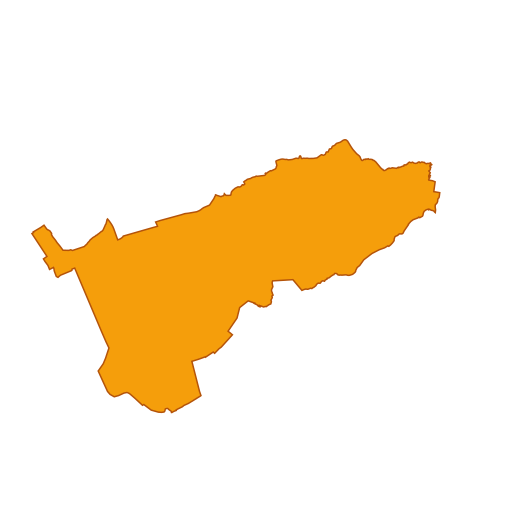 outline of Nicolae Balcescu, Bacau, Romania, rotated 157°
{"feature_id": "2599482B89029653208955", "entity_name": "Nicolae Balcescu", "entity_type": "district", "adm_level": 2, "iso_a3": "ROU", "parent_name": "Romania", "parent_adm1": "Bacau", "projection": "mercator", "projection_center": [26.867, 46.473], "detail": "fine", "context": "isolated", "style": "filled", "palette": "amber", "viewbox_px": 512, "rotation_deg": 157, "n_neighbors": 0, "source": "geoboundaries", "source_scale": "gbopen_adm2", "svg_char_len": 6035}
<svg xmlns="http://www.w3.org/2000/svg" viewBox="0 0 512 512"><g transform="rotate(157 256 256)"><path d="M128.4,328.1L129.3,328.4L130.5,328.5L133.9,327.8L137.8,328.2L138.5,328.0L140.0,327.3L141.0,327.1L142.7,327.2L143.4,326.7L144.4,325.6L145.1,325.5L146.6,325.8L149.0,323.6L150.3,324.2L150.9,324.1L152.5,322.5L154.5,322.3L155.1,322.7L155.8,323.5L156.3,323.7L161.5,322.5L165.0,323.4L169.2,325.1L170.6,326.0L172.6,326.7L174.1,327.5L175.6,327.7L176.0,328.0L176.1,328.4L175.9,330.0L176.0,330.7L176.3,330.9L176.8,330.9L177.3,330.5L178.0,329.5L178.9,329.2L180.9,330.4L184.9,330.7L188.6,331.8L190.1,333.0L191.3,333.4L193.5,334.8L195.0,335.3L197.4,335.6L200.3,335.7L200.8,335.1L200.9,334.5L201.4,331.3L201.6,330.9L202.4,330.3L202.8,329.6L203.4,329.0L204.2,328.6L208.6,328.4L209.4,328.9L212.7,328.4L214.2,327.9L214.3,328.3L214.7,328.6L215.0,328.5L214.6,328.1L214.8,327.7L216.0,326.9L216.8,326.9L223.8,328.9L224.6,329.5L226.0,329.3L227.8,329.7L229.4,329.7L230.7,329.5L234.0,330.0L235.3,329.6L236.6,329.5L238.3,329.0L238.1,327.4L238.2,326.8L238.4,326.5L239.8,326.2L240.4,326.8L240.9,326.9L241.8,326.3L242.9,325.9L244.2,325.9L244.9,326.4L245.6,326.7L248.7,326.5L251.9,325.5L253.6,324.5L254.5,323.3L255.1,322.3L255.6,321.9L257.4,322.4L260.0,323.6L260.8,325.7L261.7,324.6L262.3,324.2L264.4,324.4L265.0,324.3L268.1,326.9L269.2,328.1L269.5,328.0L269.6,327.5L270.7,326.8L272.3,325.3L278.9,321.0L285.2,321.0L286.9,320.7L289.0,320.1L291.0,319.9L293.3,319.9L301.5,321.8L304.9,322.8L309.0,323.2L330.4,326.1L335.1,326.5L335.0,323.1L335.1,321.8L339.3,322.4L370.4,326.2L371.0,325.7L372.7,325.1L374.8,324.8L377.0,324.9L376.3,336.6L376.3,338.7L376.5,340.8L376.9,343.1L377.5,345.8L378.2,348.1L378.8,347.8L381.4,344.3L382.7,343.4L383.0,343.0L386.6,339.7L387.9,339.0L388.8,339.0L391.7,338.1L393.7,337.7L394.5,337.3L395.1,337.5L396.0,337.1L398.9,336.7L402.4,335.6L403.6,334.8L405.5,334.0L407.3,332.9L408.8,332.5L410.3,331.8L422.8,332.8L424.1,334.1L426.1,334.3L431.4,336.7L432.7,342.1L433.9,346.0L434.4,348.8L435.6,353.1L435.9,355.4L435.3,356.7L435.9,359.6L437.0,361.1L437.6,361.6L438.1,362.7L439.1,367.2L442.8,366.4L451.7,365.2L451.6,364.5L453.5,364.2L448.6,337.3L452.8,336.4L452.4,333.5L451.2,328.6L451.3,324.3L446.9,324.6L447.0,322.7L447.3,322.2L447.6,320.5L447.8,315.2L446.6,313.7L444.9,314.3L443.4,314.7L431.7,314.6L431.0,314.8L430.5,315.8L427.6,315.7L427.7,247.0L427.6,235.6L427.3,228.8L434.5,220.6L438.7,216.5L446.2,211.8L445.6,189.3L444.4,185.6L441.5,181.8L437.0,181.2L431.1,181.4L428.2,180.8L427.1,179.9L426.0,178.4L423.3,172.9L418.8,162.9L417.3,163.1L412.7,155.1L407.0,150.5L404.1,149.0L401.9,148.4L401.3,148.4L400.4,149.0L399.3,150.6L398.9,150.7L397.3,150.4L396.7,150.0L396.4,149.0L394.9,146.5L394.7,145.9L395.0,145.0L394.7,144.8L392.2,145.1L389.9,145.0L389.9,145.4L388.3,145.7L382.7,146.0L380.7,146.6L375.8,146.7L362.0,148.8L361.2,149.0L360.9,153.4L356.2,184.1L349.2,183.4L341.9,183.0L341.9,182.6L332.9,184.3L332.1,182.6L326.2,185.1L323.6,185.7L321.2,186.8L308.5,192.7L311.1,197.7L297.7,206.3L291.2,214.9L281.7,217.5L280.7,217.7L276.8,214.2L276.6,214.0L276.5,213.5L276.2,213.4L276.1,213.1L275.5,213.2L275.3,212.8L275.5,212.2L274.1,210.7L273.6,209.2L273.3,208.7L272.9,208.7L272.6,209.4L272.4,209.4L272.2,209.3L272.0,208.7L271.8,208.6L272.2,208.0L271.9,208.0L271.7,207.7L271.4,208.1L271.0,208.1L268.9,206.1L267.2,205.9L266.4,205.4L263.2,206.1L261.1,206.1L259.8,207.7L259.5,208.5L259.5,209.5L257.4,211.2L257.1,211.7L257.2,212.4L257.1,212.7L256.7,213.1L255.7,213.2L255.5,213.8L255.6,215.2L255.4,215.8L255.4,217.5L255.0,218.7L254.3,219.5L252.5,221.1L251.7,224.8L251.3,225.6L250.4,226.6L231.3,219.8L227.2,206.4L224.8,206.4L223.0,206.1L221.7,205.3L221.2,205.1L218.4,205.0L217.3,204.2L216.3,204.6L215.3,204.5L212.4,205.3L211.7,206.0L210.3,206.6L209.2,206.7L208.6,206.3L207.4,205.9L205.6,207.0L204.2,207.1L202.8,206.0L201.7,206.8L199.6,207.0L199.4,207.6L197.1,207.4L194.7,208.1L192.3,208.5L191.6,208.4L190.5,209.2L189.2,208.7L188.5,208.1L188.1,206.8L187.0,205.9L185.5,205.4L184.4,204.8L180.5,203.5L178.8,202.2L177.5,201.7L174.7,201.4L173.7,201.5L171.4,202.2L170.4,202.8L169.7,203.9L167.3,205.9L164.3,206.7L158.3,210.4L148.2,213.0L140.1,213.6L134.4,213.3L130.7,213.8L130.0,213.0L127.8,213.6L125.3,214.7L123.4,215.8L122.8,216.3L122.2,217.6L120.6,219.4L119.9,219.6L117.6,219.6L115.7,220.3L115.2,220.3L113.3,219.4L112.5,219.3L111.8,219.5L109.7,221.3L103.4,225.3L103.4,225.7L100.0,227.3L97.2,228.0L92.0,227.8L91.1,228.2L90.8,228.1L90.6,227.8L90.6,227.6L90.3,227.3L89.9,227.3L87.2,227.6L86.4,228.3L85.2,230.1L83.8,231.4L82.0,231.9L81.2,232.0L79.7,231.9L79.3,231.7L79.0,231.1L78.6,231.6L77.8,231.0L76.9,229.7L75.7,228.9L74.8,228.1L74.4,226.6L74.0,225.9L72.7,228.2L71.9,231.2L71.0,233.0L68.8,234.0L67.6,235.1L66.7,236.8L65.8,237.8L64.9,238.1L64.2,238.9L62.1,242.5L67.2,245.8L62.1,254.3L64.1,256.3L67.3,258.4L67.3,258.7L66.5,259.4L66.3,259.9L66.2,260.3L65.6,260.1L65.2,260.4L65.4,261.4L65.9,261.7L65.6,262.3L65.2,261.8L64.2,261.6L64.0,262.0L64.6,263.0L64.4,263.5L64.2,263.8L63.1,264.4L63.0,264.6L63.7,266.4L63.5,266.9L62.4,267.0L61.6,267.8L61.4,268.5L60.6,269.0L61.0,269.8L60.9,270.1L60.3,270.3L60.3,270.6L60.8,271.0L60.1,271.8L58.9,271.2L58.5,271.4L58.6,271.7L59.0,272.3L59.0,273.5L60.7,273.7L62.1,274.3L62.9,274.3L63.7,274.9L64.3,275.7L64.4,276.2L64.7,276.6L65.6,276.8L65.9,277.3L66.8,277.8L68.5,277.7L69.1,278.9L70.1,279.0L71.1,278.6L73.0,278.9L74.4,279.9L75.2,281.2L76.9,281.3L78.2,282.5L79.8,282.1L80.5,281.5L81.7,281.6L82.3,281.2L82.8,281.4L83.3,281.8L84.4,281.8L84.6,281.2L85.0,281.1L85.9,281.4L89.1,281.4L89.6,281.9L90.3,281.6L90.6,282.1L92.4,281.8L96.2,284.0L97.2,284.0L98.6,284.3L99.0,284.9L99.4,285.0L99.9,284.7L100.5,285.0L101.0,285.0L101.8,284.6L103.4,284.4L104.1,284.4L105.0,284.8L105.4,285.4L105.3,286.0L106.0,286.7L106.8,288.5L109.0,295.9L110.1,297.9L110.8,298.3L111.0,299.1L112.4,300.1L114.2,300.8L114.7,301.7L116.1,301.7L116.8,302.4L117.8,302.1L118.7,302.8L120.6,302.3L121.3,302.7L121.6,304.6L121.5,306.6L121.9,308.0L123.4,310.8L125.2,316.2L125.8,319.2L126.8,326.0L127.6,327.5L128.4,328.1Z" fill="#f59e0b" stroke="#b45309" stroke-width="1.5"/></g></svg>